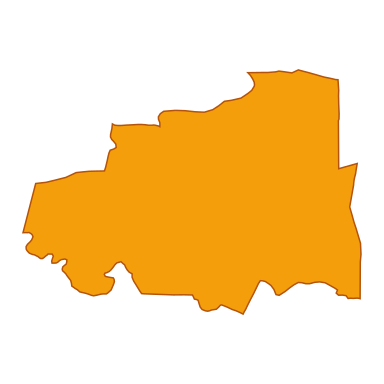 Dangkao, Phnom Penh, Cambodia (Albers equal-area conic projection)
{"feature_id": "14789045B25120607736063", "entity_name": "Dangkao", "entity_type": "district", "adm_level": 2, "iso_a3": "KHM", "parent_name": "Cambodia", "parent_adm1": "Phnom Penh", "projection": "albers", "projection_center": [104.846, 11.473], "detail": "fine", "context": "isolated", "style": "filled", "palette": "amber", "viewbox_px": 384, "rotation_deg": 0, "n_neighbors": 0, "source": "geoboundaries", "source_scale": "gbopen_adm2", "svg_char_len": 3189}
<svg xmlns="http://www.w3.org/2000/svg" viewBox="0 0 384 384"><path d="M360.1,298.7L360.3,262.0L361.0,254.3L360.5,243.3L360.0,241.6L356.1,228.5L354.0,222.2L352.0,214.9L349.7,207.0L353.6,185.0L353.7,183.1L354.1,179.9L354.8,176.7L355.6,173.7L355.9,171.4L357.2,163.5L338.7,168.7L338.4,120.6L339.0,119.0L339.1,113.6L338.7,104.2L338.6,98.7L338.5,96.0L338.7,90.3L338.0,79.7L335.8,79.6L330.2,78.3L323.8,77.0L315.9,74.7L308.1,72.5L303.0,71.2L300.0,70.4L298.4,69.9L291.9,72.9L283.1,71.6L278.9,71.1L275.4,71.9L267.6,72.5L261.9,72.5L248.0,72.7L247.9,72.7L250.5,75.5L252.7,79.0L254.2,82.2L254.5,84.7L254.3,86.1L251.7,90.4L248.1,93.3L241.0,98.1L231.4,100.3L224.4,101.3L218.7,105.8L212.7,109.7L204.3,112.2L195.4,111.8L185.0,110.7L176.2,110.4L175.0,110.4L163.7,111.3L160.3,113.7L158.4,116.8L158.5,119.3L159.8,122.6L159.9,124.7L159.8,126.7L158.2,125.9L155.2,125.2L153.7,125.0L152.0,125.2L148.6,125.2L144.8,124.7L141.6,124.5L137.7,124.5L132.7,124.8L126.5,125.1L121.0,125.5L118.0,125.5L114.7,125.2L112.4,123.9L111.9,128.6L111.1,132.3L110.6,134.4L110.5,137.0L111.7,139.4L113.7,141.5L115.8,144.1L116.2,147.5L113.8,149.0L110.2,150.2L109.0,152.9L108.0,156.9L107.2,160.8L105.7,167.0L104.5,170.9L102.6,171.0L96.7,171.1L89.0,171.3L83.6,171.8L76.1,172.6L65.9,177.4L54.5,180.3L46.2,182.3L35.7,183.5L23.0,232.7L25.9,232.6L27.2,232.7L29.1,232.5L31.5,234.0L32.3,235.0L33.0,236.8L31.6,240.0L30.1,241.8L27.5,244.3L26.1,246.6L26.2,249.1L27.0,250.6L28.4,252.2L29.3,253.1L31.1,253.9L32.7,254.5L34.4,254.8L36.5,255.9L37.9,256.5L39.5,257.9L40.8,258.6L42.6,258.5L44.2,257.4L45.6,256.1L47.0,255.2L48.0,254.0L52.2,254.1L53.3,256.1L52.5,258.4L51.7,261.1L52.0,263.1L54.5,263.1L56.2,263.0L57.8,262.2L59.7,260.5L61.4,259.6L64.9,259.0L66.8,259.8L66.8,261.7L66.2,264.1L64.4,265.4L62.8,266.9L62.2,269.1L62.6,270.8L64.1,272.1L65.8,273.8L67.0,275.7L68.6,277.8L70.7,280.5L71.5,283.7L71.8,286.1L73.3,287.1L74.9,288.3L77.4,289.8L79.8,291.9L81.8,292.4L84.9,293.1L88.0,294.0L91.4,295.3L93.6,295.8L96.8,295.2L99.5,294.5L101.2,294.1L103.5,293.9L106.4,293.9L108.1,292.7L111.1,290.0L112.1,287.7L113.6,284.2L114.4,281.6L114.1,279.4L113.3,277.9L109.0,277.2L105.3,276.4L104.3,274.4L105.0,273.1L106.8,272.7L109.3,271.4L111.2,269.7L113.4,266.9L114.9,264.8L116.8,262.9L121.0,261.7L123.0,263.6L124.6,264.8L125.7,267.4L127.2,269.9L129.2,272.2L132.1,273.8L132.1,277.3L133.7,281.1L136.4,285.4L139.6,290.7L141.6,293.6L143.8,293.8L173.4,294.9L184.2,294.8L192.5,295.0L193.6,297.3L194.4,299.1L196.5,299.5L198.1,300.3L199.1,303.7L200.2,307.1L202.1,309.5L205.3,310.8L207.6,311.2L209.6,310.8L211.5,310.0L214.1,309.6L216.4,309.2L218.6,307.2L220.4,305.2L221.6,304.9L225.0,306.2L227.2,307.1L229.3,308.1L232.2,309.5L236.1,310.8L239.9,312.5L243.1,314.1L244.0,312.2L245.7,309.3L247.8,304.8L250.5,299.5L253.6,293.6L256.7,287.2L258.3,283.8L260.3,280.7L262.5,280.8L265.3,281.5L268.8,283.8L271.0,285.5L273.9,289.4L276.0,294.6L279.2,295.3L285.1,291.5L289.9,287.7L293.8,284.9L298.2,282.5L301.8,282.7L305.7,283.7L309.7,283.7L314.8,282.3L319.8,281.9L325.2,282.8L329.6,285.2L335.1,288.3L337.5,290.0L336.2,293.1L338.5,295.2L342.5,295.1L346.1,295.7L348.1,298.5L350.3,298.2L353.3,298.4L357.0,298.1L358.7,298.3L360.1,298.7Z" fill="#f59e0b" stroke="#b45309" stroke-width="1.5"/></svg>